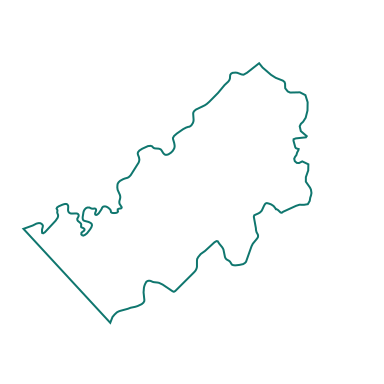 an SVG outline of Bafatá, rotated 227°
{"feature_id": "GNB-776", "entity_name": "Bafatá", "entity_type": "Region", "adm_level": 1, "iso_a3": "GNB", "parent_name": "Guinea-Bissau", "parent_adm1": "", "projection": "robinson", "projection_center": [-14.664, 12.138], "detail": "fine", "context": "isolated", "style": "outline", "palette": "teal", "viewbox_px": 384, "rotation_deg": 227, "n_neighbors": 0, "source": "natural_earth", "source_scale": "10m", "svg_char_len": 4420}
<svg xmlns="http://www.w3.org/2000/svg" viewBox="0 0 384 384"><g transform="rotate(227 192 192)"><path d="M152.1,43.0L171.5,43.1L257.2,43.5L280.0,43.6L276.1,52.7L275.0,56.6L274.0,58.4L272.8,59.7L271.5,60.2L270.2,60.3L269.1,60.0L268.3,59.1L266.9,56.8L265.1,55.1L264.2,54.5L263.3,55.0L262.9,57.0L264.0,72.6L264.8,76.2L265.5,77.4L266.4,78.3L268.8,79.3L270.4,81.1L271.4,81.5L272.2,81.6L272.7,82.8L272.4,84.8L271.1,88.5L270.2,90.4L269.3,91.6L268.8,92.0L268.4,92.2L267.7,92.3L266.6,92.1L266.1,91.8L265.4,91.2L263.7,89.4L262.8,88.6L261.6,88.1L260.3,88.1L259.1,88.6L258.2,89.4L255.4,92.6L254.7,93.2L253.7,93.6L252.7,93.5L251.9,92.9L251.5,92.3L250.7,89.9L249.8,89.1L248.6,88.8L246.0,89.2L244.6,89.2L243.6,88.7L242.9,87.8L242.2,87.2L241.7,87.0L239.7,87.9L238.5,88.1L237.6,87.6L237.3,86.4L237.6,84.6L237.5,83.2L236.4,82.1L235.2,82.2L234.2,82.8L233.6,84.6L233.4,87.1L234.2,92.0L234.9,94.5L235.9,96.2L236.9,96.8L238.3,96.8L239.5,96.4L240.7,95.9L244.0,93.8L245.1,93.3L246.2,93.4L247.2,94.0L248.1,94.8L251.3,98.9L252.0,100.2L252.4,101.6L252.5,103.3L252.0,104.9L250.6,106.4L249.3,106.8L248.0,107.5L247.2,108.3L246.5,109.4L245.6,110.0L244.7,109.9L243.8,109.2L242.7,106.9L242.1,106.2L241.5,105.9L240.6,106.2L240.1,107.3L240.0,109.2L241.1,114.0L241.7,115.3L241.9,116.3L241.8,117.2L240.9,118.5L239.8,119.3L238.5,119.8L237.0,120.1L235.6,120.2L234.3,120.1L232.4,119.0L231.5,119.2L230.6,119.8L229.7,120.7L228.9,121.7L228.2,122.8L228.0,123.8L228.3,124.7L229.4,125.2L230.0,125.9L229.6,127.2L229.0,128.1L228.6,128.6L228.4,129.0L228.4,129.6L228.8,130.2L232.9,131.0L233.9,131.7L234.8,132.6L236.2,134.9L237.0,135.9L238.0,136.7L239.1,137.3L243.2,138.7L244.3,139.1L246.3,140.5L248.1,142.4L248.8,143.5L249.2,145.1L249.2,147.0L248.4,150.2L247.7,152.0L246.3,154.7L246.0,156.4L246.1,158.6L249.9,173.0L250.3,173.8L250.8,174.6L251.5,175.5L252.5,176.2L253.6,176.9L256.1,177.9L257.2,178.6L257.9,179.6L258.2,181.8L257.6,185.1L255.6,191.1L254.0,193.2L252.5,194.0L251.3,193.9L250.1,194.1L249.1,194.7L246.4,197.2L245.4,197.8L244.3,198.2L243.1,198.1L240.1,197.5L238.8,197.5L237.5,197.8L236.4,198.9L235.6,200.5L235.1,203.6L235.2,206.0L236.0,208.7L236.9,210.1L238.0,211.1L240.0,212.4L243.6,214.2L244.5,214.9L245.2,217.1L245.1,220.7L244.0,228.4L243.1,231.7L242.2,233.7L241.7,234.3L241.3,235.5L241.2,237.1L241.9,239.8L242.6,241.1L243.6,242.3L248.5,246.3L249.3,247.3L249.7,248.9L249.6,251.1L246.7,260.4L246.3,262.8L246.2,266.0L246.7,278.6L248.0,288.7L248.0,293.9L248.4,295.7L249.1,297.1L250.8,298.9L251.6,299.9L251.9,301.3L251.5,302.9L249.7,305.2L248.3,306.4L244.4,308.3L243.4,309.0L242.6,309.8L241.7,313.5L240.4,328.9L234.9,328.5L223.8,329.7L218.4,331.1L211.5,334.4L209.4,334.7L207.8,334.0L205.0,331.5L204.2,330.9L200.2,330.6L197.8,331.6L191.3,338.9L185.5,341.0L178.8,337.8L172.8,332.0L168.8,325.8L167.6,321.2L167.6,318.1L166.6,315.6L162.3,313.1L154.6,314.0L154.3,312.6L160.4,304.5L161.3,302.3L160.3,301.2L154.2,298.0L153.2,297.9L152.1,298.4L150.7,299.3L150.0,298.3L149.2,295.9L147.8,293.5L147.4,291.3L146.6,289.4L144.4,288.2L141.8,288.5L140.2,290.0L139.2,293.5L132.9,296.0L128.5,291.7L125.2,285.4L121.9,282.3L114.7,281.3L112.6,280.6L109.8,278.7L108.4,276.8L107.2,274.6L105.2,272.0L104.1,268.4L106.3,265.1L109.4,261.9L110.9,258.7L115.4,245.2L115.6,243.5L116.6,242.8L120.2,242.6L122.6,241.8L122.6,241.7L123.4,241.9L126.1,242.1L128.7,241.5L130.0,240.9L131.1,240.3L132.1,239.7L132.9,239.1L133.2,238.6L133.4,237.8L133.3,236.8L132.7,235.0L131.1,231.1L130.7,229.8L130.7,229.2L130.7,227.4L131.2,225.5L132.1,223.0L132.5,221.6L131.7,220.3L121.9,214.0L120.6,212.9L118.6,211.8L115.9,211.1L114.8,210.4L114.0,209.4L113.6,208.0L112.7,201.2L111.7,198.5L104.1,183.9L104.0,182.2L104.4,180.2L106.3,177.0L108.6,173.9L109.5,173.0L110.5,172.2L111.5,171.7L112.7,171.8L114.0,172.1L115.3,172.3L116.6,172.1L117.8,171.7L119.1,171.3L120.3,171.3L121.2,171.5L122.0,171.8L128.4,175.7L129.6,176.1L131.1,176.4L135.7,176.7L138.4,177.2L139.4,176.4L139.9,174.1L140.0,161.4L140.7,156.1L140.2,152.3L139.5,150.1L138.5,148.9L133.9,144.6L133.2,143.6L132.6,142.4L132.1,140.9L131.9,139.2L131.0,112.2L131.4,110.7L132.6,110.1L144.3,107.4L148.1,105.9L149.2,105.1L152.1,102.6L153.2,101.9L154.5,101.4L155.6,100.8L156.5,100.0L157.2,98.8L157.5,97.4L156.7,95.0L156.0,93.5L155.4,92.5L154.8,91.6L151.6,88.1L145.5,83.5L144.7,82.6L144.2,81.0L144.3,78.7L145.7,74.4L146.8,72.1L149.2,68.2L150.3,65.5L154.1,58.3L154.7,56.9L155.2,55.0L155.2,51.8L154.8,48.6L152.1,43.0Z" fill="none" stroke="#0f766e" stroke-width="2"/></g></svg>